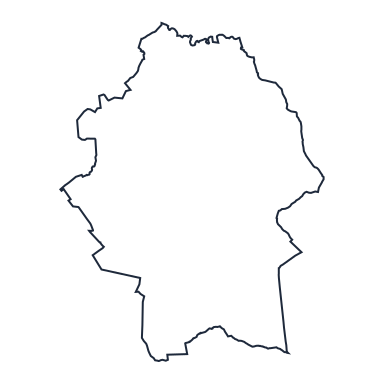 Osorhei, Bihor, Romania (orthographic projection)
{"feature_id": "2599482B12342041000570", "entity_name": "Osorhei", "entity_type": "district", "adm_level": 2, "iso_a3": "ROU", "parent_name": "Romania", "parent_adm1": "Bihor", "projection": "orthographic", "projection_center": [22.056, 47.025], "detail": "fine", "context": "isolated", "style": "outline", "palette": "slate", "viewbox_px": 384, "rotation_deg": 0, "n_neighbors": 0, "source": "geoboundaries", "source_scale": "gbopen_adm2", "svg_char_len": 5843}
<svg xmlns="http://www.w3.org/2000/svg" viewBox="0 0 384 384"><path d="M288.1,353.0L287.2,352.1L286.7,350.8L286.3,345.2L285.7,341.6L284.0,327.5L283.5,322.0L279.8,287.4L278.9,278.0L278.7,274.7L278.8,273.9L278.8,268.1L279.3,267.9L279.6,267.5L280.7,265.8L282.8,264.6L295.2,255.7L301.5,252.2L290.4,241.6L292.2,239.7L290.7,238.2L289.8,236.9L288.9,234.9L288.2,233.7L287.9,233.3L285.2,231.3L283.8,230.7L283.1,230.0L282.2,229.1L281.1,227.2L278.0,224.2L277.0,221.9L277.1,221.5L276.9,220.0L277.1,218.5L277.0,218.3L276.5,218.0L277.8,213.4L278.8,210.8L280.4,210.4L281.8,209.1L285.2,208.8L288.1,207.6L290.1,206.2L291.6,204.0L295.3,201.7L296.0,200.6L299.1,198.8L300.7,197.2L302.2,196.1L303.2,194.3L304.8,192.6L306.6,191.8L308.9,192.7L311.0,192.9L315.2,191.5L318.0,192.0L318.9,187.6L321.9,182.4L322.1,181.8L323.6,179.3L323.6,177.0L322.2,175.8L322.2,175.0L320.9,173.2L318.8,169.9L318.0,168.9L317.0,168.0L316.5,167.7L314.7,167.2L313.4,166.0L306.0,155.5L305.4,154.1L303.9,151.2L303.4,147.1L302.8,144.4L302.7,143.5L302.7,142.6L302.5,141.9L302.6,141.3L302.9,140.4L302.9,139.8L302.2,138.0L301.3,131.8L301.2,130.9L301.4,130.1L301.4,128.9L301.4,126.3L300.9,123.2L300.6,122.0L300.4,121.6L299.6,120.8L298.1,117.7L297.2,116.8L296.9,116.3L296.7,113.2L296.5,112.7L296.0,112.2L295.1,112.0L291.7,111.5L290.7,111.2L288.1,109.8L287.0,108.7L286.7,108.3L287.1,106.1L287.2,104.6L287.2,104.0L286.9,103.4L286.5,102.7L286.2,101.8L286.0,100.1L285.8,99.4L282.7,93.8L281.9,90.1L281.6,89.1L278.7,86.5L276.0,83.2L275.5,82.7L273.6,82.5L265.3,80.4L262.1,79.9L260.5,79.0L259.2,77.9L258.5,76.7L257.8,74.8L258.1,74.2L258.0,73.3L257.8,72.9L257.0,72.5L256.8,71.9L256.7,71.0L256.2,69.2L255.8,67.8L255.1,65.2L254.5,63.9L253.9,61.9L254.0,61.8L254.2,60.8L254.2,59.2L253.9,58.3L253.7,57.3L252.0,57.4L249.3,56.8L247.5,56.0L246.9,55.0L246.6,53.2L245.2,52.0L244.6,51.7L243.8,50.8L243.9,50.2L241.5,49.3L240.9,48.9L240.9,48.2L241.1,47.5L242.3,47.4L240.5,41.8L239.4,37.8L238.4,38.0L236.7,38.9L235.4,39.1L233.9,38.6L233.0,37.3L232.4,36.8L231.9,36.7L231.0,36.9L230.4,37.2L229.6,38.1L229.3,38.3L228.2,37.9L226.3,38.0L224.2,35.9L222.6,34.8L221.7,34.7L221.2,34.9L219.9,34.7L218.6,35.1L217.0,36.2L216.9,37.0L218.3,42.7L212.9,42.0L212.5,39.6L212.2,36.8L210.7,36.6L208.9,37.6L208.3,38.6L208.1,39.4L208.6,42.0L209.1,42.9L208.9,43.4L208.5,43.6L207.7,43.3L207.2,43.3L206.7,42.7L206.2,42.4L205.9,42.0L205.9,41.7L206.4,40.6L206.4,39.6L206.0,39.0L205.2,38.8L204.7,38.9L203.6,39.6L199.6,41.0L199.3,41.2L198.8,42.2L198.3,42.1L197.9,41.4L197.3,40.9L196.9,41.0L196.4,41.3L195.5,42.6L195.1,43.6L195.2,44.2L195.0,44.8L194.4,45.2L192.6,45.5L191.4,45.1L191.0,44.8L190.4,43.3L190.0,42.2L190.1,41.2L190.8,39.8L190.8,38.9L190.7,38.5L191.0,38.0L191.9,36.7L191.6,36.4L191.6,36.2L191.0,35.6L190.5,35.4L189.8,35.6L188.3,36.9L187.5,36.1L185.0,35.8L184.4,35.9L183.8,35.8L182.5,37.3L181.7,37.0L180.0,35.6L177.2,35.8L177.4,33.4L177.1,32.6L176.4,31.3L174.7,29.3L173.5,28.6L172.1,28.3L171.5,28.4L170.3,29.3L169.8,30.0L169.2,29.9L168.9,29.4L168.8,29.0L168.1,28.2L168.0,27.7L167.9,27.0L168.2,26.1L166.1,24.7L164.1,24.1L163.8,23.9L161.5,23.0L161.5,24.9L156.7,30.0L156.1,30.9L155.6,31.1L155.5,31.4L154.5,32.0L153.1,32.4L152.5,32.6L150.1,34.1L148.7,35.0L147.7,35.4L145.0,37.4L143.6,38.0L142.2,38.9L141.4,38.8L138.6,47.7L140.6,49.2L141.4,50.3L140.9,51.0L141.6,51.5L142.2,51.2L142.7,51.6L142.7,51.8L143.3,52.1L143.5,51.8L144.3,52.9L144.4,53.9L143.5,54.8L144.2,59.0L142.4,59.7L142.0,60.7L140.4,63.5L139.2,65.9L138.5,67.8L138.3,69.5L137.8,71.1L136.4,73.1L133.2,76.9L130.3,78.0L127.9,81.0L126.6,81.8L125.0,83.2L130.5,89.9L125.9,91.1L122.4,98.4L114.5,97.6L108.7,100.5L108.1,100.2L107.2,99.1L104.5,95.0L103.5,94.5L99.1,96.0L100.7,107.9L97.3,108.4L95.0,112.1L90.3,109.4L87.6,109.0L84.1,111.5L77.1,120.2L78.5,137.1L81.9,139.6L84.6,139.9L85.2,139.8L86.9,138.6L87.2,138.6L94.9,138.7L95.4,139.4L96.2,153.2L96.4,155.0L95.4,157.2L96.0,160.8L95.0,163.8L95.1,164.5L94.7,165.2L94.7,165.7L94.4,166.2L94.0,166.5L93.0,166.4L92.6,166.6L92.4,167.2L92.0,167.5L91.8,168.4L91.9,169.0L92.1,169.6L91.9,170.6L90.9,171.8L90.2,172.0L89.8,172.3L89.6,172.6L89.6,173.9L89.6,174.2L89.1,174.7L88.2,174.8L87.2,175.2L86.6,174.9L85.8,175.5L84.3,176.1L83.8,176.2L83.1,176.7L82.7,176.8L81.7,174.9L75.9,176.8L69.0,182.5L66.1,184.6L65.5,184.9L60.4,189.4L61.5,190.8L63.7,189.2L70.6,199.2L68.5,200.6L73.0,206.4L78.2,207.0L78.6,207.2L87.1,219.2L90.3,223.5L91.2,225.4L93.0,230.2L93.0,230.5L91.7,230.9L89.1,230.8L90.0,232.0L98.6,241.3L99.7,242.4L100.4,242.4L100.6,243.2L101.6,244.6L103.1,246.2L103.8,246.8L102.7,248.1L98.9,250.7L92.7,255.2L101.5,269.5L140.2,278.0L139.4,284.3L135.8,291.9L138.5,291.7L140.6,294.0L144.2,296.3L142.8,301.9L142.4,325.1L141.9,337.9L143.8,341.0L146.2,343.7L147.0,345.7L148.4,350.8L149.2,352.7L150.8,356.0L153.7,358.1L155.1,360.3L157.7,360.7L158.3,361.0L159.3,360.9L160.7,360.2L162.5,359.8L165.8,360.7L167.9,359.8L167.3,354.7L187.2,354.1L185.2,343.4L185.4,343.1L189.3,342.1L189.2,341.8L189.4,341.6L190.5,341.2L191.8,340.1L192.9,339.0L193.0,338.6L193.6,338.1L194.3,338.1L196.6,336.9L197.2,335.2L198.5,334.1L199.9,333.6L199.8,333.3L200.8,332.8L201.1,333.1L205.1,332.0L206.0,331.4L208.9,328.8L209.5,328.4L211.3,328.7L211.6,328.9L212.5,328.6L212.6,328.4L212.3,328.3L212.4,328.1L213.8,327.1L216.0,326.8L217.3,327.0L218.4,326.7L219.3,326.7L219.9,326.3L221.7,328.1L223.9,329.4L225.0,331.7L226.8,334.4L228.0,336.4L231.2,335.8L231.8,336.4L232.2,336.6L233.0,337.6L233.7,337.9L235.0,339.0L236.7,339.6L238.6,340.8L239.9,340.7L241.6,340.9L244.3,341.9L245.7,343.0L247.5,344.0L248.1,344.5L252.2,346.6L252.8,346.7L253.1,346.5L254.0,346.5L256.3,345.8L258.5,345.7L259.1,345.8L259.3,346.0L260.2,345.9L261.3,346.3L262.8,346.4L263.3,346.9L263.9,346.9L264.9,347.4L266.4,347.6L267.6,348.5L268.3,348.6L269.4,348.2L270.5,348.2L276.5,347.3L277.6,348.2L280.3,349.0L280.8,349.5L281.7,350.0L284.4,352.1L286.0,352.2L287.0,352.8L288.1,353.0Z" fill="none" stroke="#1e293b" stroke-width="2"/></svg>